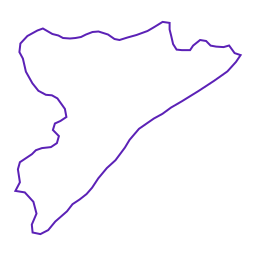 Koma tou Gialou, Cyprus
{"feature_id": "46923920B1495178663042", "entity_name": "Koma tou Gialou", "entity_type": "district", "adm_level": 2, "iso_a3": "CYP", "parent_name": "Cyprus", "parent_adm1": "", "projection": "orthographic", "projection_center": [34.126, 35.419], "detail": "fine", "context": "isolated", "style": "outline", "palette": "violet", "viewbox_px": 256, "rotation_deg": 0, "n_neighbors": 0, "source": "geoboundaries", "source_scale": "gbopen_adm2", "svg_char_len": 1105}
<svg xmlns="http://www.w3.org/2000/svg" viewBox="0 0 256 256"><path d="M169.6,22.9L162.6,21.9L153.5,27.5L147.5,31.0L136.5,35.0L127.5,37.5L119.5,40.0L114.5,39.0L108.0,34.5L98.5,31.5L92.5,32.0L86.0,34.5L81.0,37.0L75.5,38.0L70.0,38.5L63.0,38.0L58.4,35.5L52.4,34.0L42.9,28.5L37.4,30.5L27.4,36.0L20.4,43.5L19.4,52.1L22.9,58.6L25.9,71.7L32.4,83.3L38.4,90.8L45.9,94.8L51.9,95.3L57.4,98.4L64.9,108.9L66.4,117.0L60.4,121.0L54.9,123.5L52.9,130.0L58.9,136.1L56.9,143.1L50.9,147.1L41.9,148.1L35.9,150.2L31.9,154.2L25.9,158.2L19.9,162.2L17.9,169.3L18.9,175.8L19.9,182.3L15.4,190.9L24.8,192.4L33.4,201.8L36.5,213.6L31.8,224.6L32.6,232.5L40.4,234.1L48.2,230.1L55.3,221.5L67.0,211.3L72.5,204.2L79.6,199.5L86.6,194.0L92.1,187.7L98.3,178.3L106.9,168.0L115.5,160.2L124.9,147.6L129.6,139.8L139.0,128.8L153.9,118.5L162.5,113.8L171.1,107.5L182.0,101.2L198.5,91.0L214.1,80.8L227.4,71.4L236.0,61.9L240.6,55.1L234.6,53.1L229.1,45.5L223.6,47.1L216.1,46.6L210.6,45.6L206.1,41.0L200.1,40.0L193.1,45.6L190.1,50.1L181.6,50.1L176.6,49.6L173.1,44.1L171.1,35.5L169.6,29.5L169.6,22.9Z" fill="none" stroke="#5b21b6" stroke-width="2"/></svg>